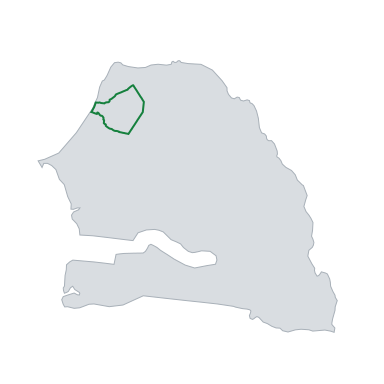 Louga, Louga, Senegal (highlighted), rotated 6°
{"feature_id": "50182788B22933374767599", "entity_name": "Louga", "entity_type": "district", "adm_level": 2, "iso_a3": "SEN", "parent_name": "Senegal", "parent_adm1": "Louga", "projection": "natural_earth1", "projection_center": [-16.123, 15.776], "detail": "fine", "context": "in_parent", "style": "outline", "palette": "green", "viewbox_px": 384, "rotation_deg": 6, "n_neighbors": 0, "source": "geoboundaries", "source_scale": "gbopen_adm2", "svg_char_len": 5898}
<svg xmlns="http://www.w3.org/2000/svg" viewBox="0 0 384 384"><g transform="rotate(6 192 192)"><path d="M302.1,173.9L306.9,183.5L305.9,188.0L304.8,194.7L307.5,199.6L310.7,202.8L313.0,205.7L315.5,209.7L315.9,217.7L315.5,223.5L317.1,226.1L318.5,229.4L318.3,232.1L317.4,234.5L314.3,237.8L313.9,243.7L318.8,251.0L322.0,255.0L322.0,257.2L322.9,259.7L325.2,262.6L326.7,261.9L328.3,259.5L329.0,257.9L333.2,258.6L335.2,259.4L338.0,264.1L339.0,267.3L339.7,271.2L342.5,276.2L345.0,279.7L345.5,281.8L347.8,284.8L346.4,291.3L346.6,294.7L345.1,303.5L344.8,307.6L344.9,309.1L348.3,312.3L348.0,316.7L344.5,315.9L338.6,315.4L326.7,317.7L322.6,316.8L314.8,317.1L309.2,318.3L302.1,321.2L296.7,320.5L293.7,318.2L289.8,318.4L285.4,317.2L280.7,315.0L276.4,313.9L271.7,309.8L269.6,309.1L268.1,310.2L266.8,311.5L265.5,312.4L263.0,311.6L262.0,308.9L262.8,306.2L263.0,304.2L261.8,303.1L259.0,302.7L254.4,302.7L247.1,301.9L245.4,301.4L229.0,300.7L211.9,300.6L197.5,300.6L179.2,300.5L166.4,300.4L154.4,300.3L145.2,305.7L135.2,311.6L121.7,314.7L106.2,313.6L101.3,314.4L96.2,317.0L92.4,318.9L87.0,320.0L80.2,319.1L77.4,319.6L75.6,317.0L73.7,312.7L74.9,309.5L79.1,307.5L85.4,304.8L88.7,306.2L90.7,306.2L91.0,304.5L90.4,303.6L85.7,301.3L83.2,298.2L81.1,300.0L79.4,303.8L77.9,304.9L75.7,306.0L74.5,303.4L74.0,300.9L75.0,299.0L74.5,288.3L75.1,282.5L74.8,277.5L77.8,274.2L80.6,272.2L91.7,272.0L102.0,271.8L111.9,271.9L122.0,272.1L123.0,262.0L126.2,261.2L130.9,260.2L139.9,259.0L149.8,257.8L151.9,255.9L153.6,252.5L154.6,249.6L156.6,248.3L159.4,249.3L163.1,250.9L166.8,253.3L171.2,255.5L174.1,256.9L181.0,260.5L192.9,265.4L202.6,267.3L214.4,263.7L222.9,261.4L223.9,257.1L222.6,252.9L216.2,249.1L207.6,249.5L205.0,250.5L201.0,251.8L198.6,252.3L194.5,251.4L189.3,248.1L186.1,244.8L181.6,243.2L176.2,241.6L167.6,234.7L163.1,233.5L158.8,233.1L150.6,234.5L142.6,238.2L138.4,246.5L130.4,246.4L113.5,246.1L97.9,245.9L85.0,246.5L83.7,240.4L80.7,235.6L75.7,231.4L74.6,227.6L76.3,224.3L81.1,221.5L82.2,219.5L79.7,219.8L75.9,221.6L73.4,221.7L73.1,216.4L68.9,209.6L64.2,198.0L58.8,193.3L54.3,183.9L49.6,180.3L45.3,178.6L41.6,179.0L40.3,183.3L35.7,177.1L42.0,174.9L55.4,167.2L70.8,145.1L84.6,118.9L86.4,112.7L88.1,108.0L89.2,97.3L91.2,91.0L93.1,89.8L95.4,84.9L98.2,76.3L101.4,71.5L105.0,70.6L107.8,71.0L109.8,72.8L115.6,73.9L125.2,74.3L132.7,73.0L138.0,70.0L144.9,68.5L153.4,68.5L157.9,67.2L158.4,64.8L159.5,64.0L161.3,65.0L163.0,64.6L164.5,62.9L166.1,62.8L167.7,64.3L174.8,64.7L187.6,64.1L199.5,68.6L210.3,78.2L215.9,84.6L216.3,87.8L218.1,91.1L221.4,94.3L224.3,94.9L227.0,92.9L229.1,93.1L230.7,95.6L233.7,96.1L237.2,94.6L239.6,95.1L240.1,96.6L240.7,97.4L242.3,97.7L244.6,99.6L247.7,104.7L250.3,111.8L252.3,120.9L255.0,125.9L258.2,126.7L260.1,128.6L260.5,130.7L261.4,132.2L263.0,133.0L265.7,132.6L269.0,135.6L272.4,142.3L273.0,145.3L272.5,147.0L272.7,148.1L275.0,149.3L277.1,151.5L278.9,154.8L282.8,157.7L288.7,160.2L292.9,164.1L295.5,169.1L300.9,173.4L302.1,173.9Z" fill="#d9dde1" stroke="#a8b0b8" stroke-width="1"/><path d="M108.7,101.5L107.8,102.0L106.4,102.8L106.3,103.0L106.2,103.0L105.9,103.5L105.7,103.8L105.5,104.4L105.3,104.8L104.9,105.2L104.7,105.4L104.5,105.6L104.4,105.7L103.2,106.8L102.9,107.1L102.7,107.3L102.3,107.7L102.2,107.8L101.2,108.4L100.9,108.6L100.5,108.8L100.5,109.2L100.5,110.3L100.3,110.6L100.2,110.8L99.8,111.3L99.4,111.5L98.9,111.6L98.3,111.6L97.8,111.8L97.4,111.8L97.1,111.9L96.7,112.2L95.6,112.8L95.4,112.9L95.4,113.0L93.9,113.0L93.2,113.0L92.7,113.0L92.2,113.0L91.8,112.9L91.2,112.7L90.8,112.6L90.4,112.7L90.1,112.8L89.8,112.9L89.5,113.0L89.1,113.0L88.7,113.0L88.3,113.0L87.5,113.0L86.9,113.1L86.8,113.6L86.8,113.9L86.7,114.2L86.6,114.5L86.4,115.4L86.3,116.0L86.1,116.6L86.0,117.1L85.8,117.6L85.7,118.2L85.4,118.8L85.1,119.2L85.0,119.6L84.9,120.0L84.7,120.5L84.5,120.9L84.4,121.2L84.1,121.8L83.9,122.3L83.7,122.8L83.6,123.0L84.9,123.2L86.0,123.6L87.0,123.8L87.5,124.0L88.1,124.1L88.6,124.2L88.9,124.3L89.1,124.3L89.3,124.3L89.5,124.1L89.5,123.8L89.5,123.6L89.5,123.3L89.5,123.0L89.6,122.9L89.8,122.9L90.0,122.9L90.4,123.0L90.8,123.3L91.2,123.8L91.8,124.4L91.9,124.6L92.2,125.0L92.4,125.1L92.7,125.3L93.0,125.5L93.3,125.6L93.6,125.6L94.0,125.6L94.3,125.6L94.6,125.8L95.0,126.0L95.4,126.4L95.7,126.8L96.0,127.1L96.2,127.4L96.2,127.5L96.3,128.1L96.2,129.0L96.3,129.2L96.4,129.3L96.8,129.6L97.0,129.7L97.1,130.0L97.1,130.9L97.1,131.8L97.1,132.0L97.1,132.7L97.2,132.8L97.4,132.8L97.5,132.9L97.7,133.2L98.1,133.5L98.5,133.6L98.8,133.6L99.1,133.8L99.3,134.1L99.3,134.4L99.3,134.8L99.3,135.1L99.6,135.4L99.9,135.6L100.4,135.9L100.7,136.1L101.1,136.3L102.1,136.9L102.9,137.3L103.2,137.4L103.7,137.6L104.1,137.6L104.7,137.7L105.0,137.7L105.4,137.7L105.5,137.7L105.9,137.9L106.3,138.2L107.0,138.6L107.6,138.9L108.0,139.0L108.4,139.2L108.8,139.2L109.3,139.3L109.6,139.3L110.0,139.2L111.0,139.2L111.5,139.3L111.8,139.3L112.6,139.5L113.1,139.6L113.5,139.8L113.5,140.0L114.9,140.1L115.0,140.1L115.8,140.2L116.6,140.3L117.3,140.4L118.1,140.4L118.9,140.5L119.6,140.6L120.4,140.7L121.2,140.7L121.9,140.8L122.7,140.9L123.6,139.2L124.4,137.6L124.9,136.6L125.0,136.5L125.3,136.0L125.3,135.9L125.5,135.6L125.6,135.3L125.7,135.2L126.1,134.3L127.0,132.6L127.9,130.9L128.7,129.3L129.6,127.6L130.4,125.9L130.9,125.0L131.1,124.6L131.3,124.3L131.4,124.0L131.6,123.7L132.1,122.6L132.8,121.4L133.0,121.0L133.4,120.1L133.7,119.6L133.8,119.5L133.9,119.3L134.1,118.8L134.7,117.7L134.7,117.4L134.7,117.1L134.7,116.0L134.7,114.4L134.7,112.8L134.7,111.2L134.7,109.6L134.7,108.7L134.7,108.0L134.7,107.5L134.7,107.4L134.3,106.9L134.0,106.5L133.7,106.1L133.2,105.5L132.8,105.0L132.5,104.5L132.0,103.9L131.6,103.4L131.3,103.1L130.6,102.3L129.3,100.6L127.9,98.9L126.6,97.2L125.2,95.5L123.8,93.8L122.5,92.1L122.4,92.0L122.2,92.0L121.0,92.8L120.0,93.7L118.8,94.9L117.6,96.2L117.4,96.6L117.2,97.0L116.3,97.4L115.5,97.8L114.5,98.4L113.7,98.8L112.1,99.7L110.7,100.5L109.3,101.2L108.8,101.5L108.7,101.5Z" fill="none" stroke="#15803d" stroke-width="2"/></g></svg>